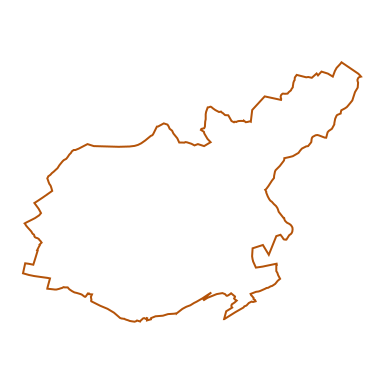 Bucerdea Granoasa, Alba, Romania
{"feature_id": "2599482B1609135605728", "entity_name": "Bucerdea Granoasa", "entity_type": "district", "adm_level": 2, "iso_a3": "ROU", "parent_name": "Romania", "parent_adm1": "Alba", "projection": "mercator", "projection_center": [23.858, 46.215], "detail": "fine", "context": "isolated", "style": "outline", "palette": "amber", "viewbox_px": 384, "rotation_deg": 0, "n_neighbors": 0, "source": "geoboundaries", "source_scale": "gbopen_adm2", "svg_char_len": 5164}
<svg xmlns="http://www.w3.org/2000/svg" viewBox="0 0 384 384"><path d="M224.1,319.1L224.3,319.1L235.3,312.2L243.5,307.5L243.9,307.0L244.3,306.4L246.5,305.5L248.8,303.0L251.6,301.6L253.0,302.0L255.6,301.3L255.1,300.1L253.5,299.0L253.6,297.9L251.8,295.8L251.2,295.3L250.6,293.9L256.1,291.8L258.5,291.5L260.3,290.9L265.7,288.5L266.4,288.0L268.1,287.8L270.5,286.4L272.2,285.9L275.2,283.9L277.7,280.8L280.1,278.8L278.1,275.1L277.4,272.9L276.3,271.1L276.3,265.0L276.8,264.9L276.6,263.7L265.0,266.1L262.7,266.6L259.3,267.1L255.9,267.6L253.1,261.4L252.9,260.4L252.6,259.4L252.1,256.3L252.6,248.3L262.9,245.0L268.8,254.8L276.3,236.1L280.5,234.8L282.2,237.0L283.7,239.3L285.3,239.7L286.5,239.2L286.6,239.3L289.2,235.2L291.0,233.9L291.7,233.0L292.3,231.6L292.6,229.3L292.4,227.5L291.7,226.2L290.7,224.9L289.0,223.7L287.1,222.8L286.0,221.8L285.0,220.7L284.5,219.6L284.3,218.7L284.2,218.8L278.7,211.8L277.9,209.3L277.3,207.9L276.0,206.0L273.9,204.1L271.8,201.7L270.7,201.0L269.9,200.1L269.2,199.1L267.8,196.5L266.2,192.5L266.3,191.9L265.9,191.0L265.2,189.8L265.6,189.6L266.4,188.8L268.4,186.1L269.7,184.1L271.9,180.7L274.0,178.0L274.1,175.9L275.0,171.5L275.6,170.2L276.7,169.1L277.9,167.9L279.8,166.0L283.4,161.3L284.0,160.4L284.3,159.1L284.3,158.2L289.3,157.1L292.8,156.2L298.5,152.9L300.0,150.8L301.0,149.6L301.9,148.6L303.6,147.7L305.0,147.0L306.1,146.4L308.1,146.1L310.7,142.9L311.3,142.0L311.6,139.2L311.9,138.0L312.6,136.9L315.5,135.3L317.3,135.0L318.9,135.4L324.7,137.6L326.2,137.7L327.6,132.3L328.8,130.9L331.9,128.8L334.3,124.4L334.3,123.3L335.2,118.7L336.6,115.6L337.3,114.9L338.8,114.3L340.7,113.5L340.8,112.3L341.3,110.3L344.9,108.4L346.8,107.1L348.3,105.4L352.3,100.5L355.0,92.1L357.7,87.6L358.1,82.6L357.5,80.9L357.5,79.6L358.3,77.9L359.1,77.2L360.2,76.8L361.0,76.6L359.8,75.2L359.1,74.5L358.3,73.7L351.4,69.0L341.5,62.3L340.4,63.8L336.6,67.9L334.9,71.0L332.8,76.6L327.9,73.6L321.5,71.6L318.0,75.4L316.6,73.5L311.8,77.8L308.3,77.0L306.2,77.3L296.7,74.9L294.9,77.4L294.8,77.8L294.6,80.2L294.0,81.0L293.4,82.7L293.1,84.8L292.9,85.9L292.8,87.3L291.5,89.1L290.9,90.4L288.7,92.2L287.6,93.6L285.0,93.8L282.8,93.6L282.0,94.1L281.1,95.1L280.6,96.7L281.2,99.0L281.0,99.9L264.7,96.4L252.2,110.0L250.8,121.7L250.0,121.3L247.7,121.9L245.8,122.2L243.9,120.7L243.8,121.1L241.8,120.9L238.9,121.0L237.3,121.4L236.3,122.0L234.9,121.7L234.0,122.3L231.5,121.0L228.3,115.3L225.1,115.1L222.5,112.8L221.6,112.4L221.0,111.6L219.0,112.0L215.4,110.1L213.1,108.5L211.7,107.3L210.9,106.8L210.4,106.7L208.4,107.4L207.7,107.4L206.1,111.9L205.7,114.2L205.7,119.2L205.2,121.6L204.9,126.7L204.2,128.2L201.4,128.9L200.9,129.9L203.9,131.8L204.3,133.5L207.5,138.9L210.6,142.2L204.1,146.1L197.9,144.1L194.5,145.4L191.5,143.8L186.9,142.3L185.3,142.1L184.5,142.6L179.2,142.5L177.3,138.3L173.4,133.5L172.1,130.7L169.6,128.7L168.7,126.5L167.5,124.6L163.8,123.4L158.1,126.5L156.9,126.6L153.3,133.9L152.4,135.2L150.8,135.9L145.2,140.5L141.2,143.3L138.0,144.9L134.6,145.9L129.5,146.5L118.7,146.8L111.7,146.6L93.8,146.1L87.5,144.1L83.8,146.0L78.6,148.7L77.3,149.2L76.4,149.6L75.4,150.0L73.7,150.0L71.9,151.3L70.9,153.0L69.3,154.6L67.7,157.0L66.3,158.8L63.7,160.2L62.4,161.5L59.4,165.2L57.5,168.2L55.6,169.9L53.8,171.6L51.8,173.2L50.4,174.8L48.2,176.4L47.9,177.3L47.3,178.3L48.2,180.8L48.6,182.1L49.5,184.2L50.1,184.9L50.6,185.7L51.3,187.7L52.2,190.9L47.5,194.2L42.8,197.5L37.4,201.1L34.4,203.0L38.6,208.7L41.0,213.1L39.2,215.3L35.0,218.1L31.3,220.0L26.5,222.4L24.7,223.4L24.9,223.6L25.5,224.6L26.3,225.9L27.1,226.7L27.4,227.2L27.8,227.6L31.4,231.6L32.0,232.8L32.8,233.9L33.9,234.6L34.3,235.4L34.4,236.4L35.0,237.2L35.9,237.7L37.5,238.2L38.8,239.0L39.6,240.2L40.4,240.9L41.6,242.6L39.5,244.7L39.8,245.2L38.7,247.1L37.1,250.3L37.7,250.5L35.1,259.0L33.3,264.7L28.8,263.8L25.2,263.3L23.0,273.3L29.0,275.0L33.9,276.0L48.7,278.1L50.0,278.4L48.3,284.6L47.4,288.0L47.3,288.7L52.0,289.2L54.6,289.5L55.1,289.5L56.5,289.5L59.0,288.9L59.6,288.7L60.7,288.3L60.9,288.3L61.4,288.1L61.9,288.0L62.6,287.7L62.8,287.5L63.1,287.4L63.8,287.1L64.6,287.4L66.1,287.4L67.7,287.4L68.8,288.7L69.5,289.4L72.0,291.1L74.4,292.4L76.6,292.9L80.6,294.1L81.8,294.6L84.6,296.7L85.3,296.8L85.8,296.4L87.9,293.4L88.8,293.5L88.7,294.1L92.0,294.4L90.9,296.9L91.4,299.7L91.1,300.7L91.3,301.3L100.3,305.8L107.5,308.8L114.0,312.7L119.1,317.1L119.8,317.8L120.7,318.2L121.6,318.5L122.6,318.6L123.6,318.8L124.4,318.8L124.7,319.0L125.1,319.3L126.5,319.8L128.2,320.3L129.6,320.9L130.6,321.1L132.5,321.4L134.6,321.7L135.5,321.4L136.3,321.1L136.7,320.7L137.0,320.5L137.6,320.7L140.1,321.5L140.4,320.9L143.1,318.4L144.2,318.1L145.9,319.0L146.7,318.0L147.2,318.2L147.0,320.4L151.0,319.3L151.1,318.1L155.5,316.3L162.9,315.7L168.0,314.1L174.2,313.7L176.3,313.3L176.4,313.6L176.5,313.5L182.4,308.9L185.5,307.2L186.5,306.7L190.3,305.3L194.0,303.0L196.6,301.7L199.2,300.2L202.5,298.3L206.4,295.7L211.3,292.5L206.5,296.4L203.4,299.3L204.0,300.0L207.5,297.8L216.7,294.1L217.8,293.9L222.4,293.1L225.0,294.1L226.5,295.7L227.0,295.8L227.7,295.6L229.7,294.4L231.1,293.3L235.0,296.5L234.8,297.4L234.1,298.4L234.7,299.3L236.7,300.6L234.6,302.5L231.9,304.3L231.4,305.4L231.5,306.7L232.2,307.6L226.2,311.3L224.1,319.1Z" fill="none" stroke="#b45309" stroke-width="2"/></svg>